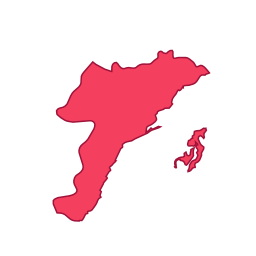 SVG path tracing the border of Jizan, rotated 252°
{"feature_id": "SAU-887", "entity_name": "Jizan", "entity_type": "Region", "adm_level": 1, "iso_a3": "SAU", "parent_name": "Saudi Arabia", "parent_adm1": "", "projection": "robinson", "projection_center": [42.341, 17.347], "detail": "fine", "context": "isolated", "style": "filled", "palette": "rose", "viewbox_px": 256, "rotation_deg": 252, "n_neighbors": 0, "source": "natural_earth", "source_scale": "10m", "svg_char_len": 4232}
<svg xmlns="http://www.w3.org/2000/svg" viewBox="0 0 256 256"><g transform="rotate(252 128 128)"><path d="M188.6,192.1L188.1,194.0L186.7,194.3L183.3,193.2L181.2,192.8L180.1,193.3L179.7,194.6L179.6,196.7L179.2,198.5L177.1,204.8L176.0,206.5L174.2,208.0L170.5,210.4L169.3,210.9L166.0,211.6L165.1,212.0L164.8,213.3L165.0,214.7L165.1,216.3L164.4,217.8L162.2,219.5L159.2,220.9L155.2,222.5L155.1,222.2L155.1,218.7L154.5,217.7L155.6,214.6L155.1,212.7L151.0,207.6L150.0,205.4L149.7,203.6L149.8,199.3L150.8,195.2L150.8,193.4L149.2,193.0L149.8,192.3L148.8,191.2L147.9,189.7L147.7,188.4L148.6,187.7L148.1,186.7L145.8,184.4L145.2,183.7L144.1,181.9L142.2,179.5L141.6,179.0L138.9,177.4L138.0,177.3L137.1,177.8L134.2,173.4L135.4,169.1L134.8,167.6L134.8,162.8L134.4,161.2L133.6,160.6L132.8,160.1L132.4,158.8L131.8,158.0L130.2,157.9L128.5,158.0L127.3,157.8L126.3,156.8L125.4,155.3L124.4,152.6L124.0,151.1L123.6,147.8L123.2,146.5L122.4,145.7L118.6,143.9L118.8,145.6L119.4,147.1L120.9,149.9L119.2,151.0L120.1,157.4L119.1,159.2L118.7,157.2L118.6,150.5L118.3,148.5L117.1,144.8L115.6,131.6L115.1,129.3L114.7,127.6L115.2,122.8L115.1,120.7L114.5,118.5L113.9,117.6L113.1,117.3L112.3,117.2L111.6,117.0L111.2,116.6L111.0,115.7L110.5,114.6L101.4,106.0L100.6,105.7L100.4,106.3L99.8,105.4L98.9,103.4L97.3,100.8L96.8,99.2L96.4,98.4L95.8,98.1L93.9,98.5L93.0,98.3L92.6,97.1L92.2,96.3L88.6,92.1L88.4,92.3L87.9,92.6L87.2,92.8L86.8,92.8L86.0,91.9L83.4,87.8L82.5,87.3L77.5,82.1L75.7,82.9L72.5,80.5L70.6,80.9L69.8,78.3L68.4,76.7L66.6,75.3L64.9,73.5L61.3,68.6L60.8,66.9L60.9,65.7L61.2,64.6L61.0,63.8L60.0,63.5L59.3,63.3L59.2,62.5L59.3,61.7L59.1,61.0L55.6,57.5L54.3,55.5L55.0,53.6L54.6,53.0L56.1,48.9L57.0,47.3L58.3,45.7L59.9,44.5L65.1,41.3L66.7,39.6L67.7,38.1L69.2,34.3L78.7,33.5L82.0,34.5L82.9,36.0L83.2,37.8L83.4,39.8L81.6,51.4L81.5,53.6L81.6,55.8L82.4,58.5L83.8,59.9L85.4,60.4L91.0,59.6L92.9,59.7L94.8,60.3L97.0,61.7L98.3,63.2L98.9,64.2L100.0,67.8L100.8,69.7L102.6,72.1L104.4,73.2L106.3,73.7L119.5,73.9L121.6,74.4L124.0,75.8L125.6,77.7L126.6,79.7L127.3,81.7L128.3,84.0L129.7,86.4L137.6,95.3L139.7,96.8L141.6,97.6L143.3,97.6L144.8,96.9L146.1,95.5L146.8,93.6L150.6,77.6L152.5,73.8L153.6,71.9L155.1,70.2L158.6,67.3L162.5,64.9L163.2,64.7L166.5,65.4L167.6,66.9L168.0,68.7L167.8,72.7L168.3,75.1L169.7,77.6L176.2,83.4L178.3,85.7L179.5,87.7L182.2,93.9L183.5,95.7L185.1,97.1L191.5,99.6L193.3,101.2L194.7,103.2L201.7,114.9L198.4,117.1L191.1,124.1L187.0,129.6L186.8,130.0L191.6,131.8L193.3,133.2L194.2,135.2L193.9,137.2L192.0,138.2L190.0,138.7L187.8,139.7L186.1,141.3L185.6,143.2L185.6,145.4L185.2,147.4L183.4,151.2L182.9,153.2L183.2,154.8L183.9,156.4L184.4,158.5L184.4,160.6L184.0,162.5L182.7,166.2L182.1,168.6L182.4,170.3L184.2,174.1L185.2,177.6L186.2,178.5L189.3,179.4L190.2,180.2L190.8,181.2L190.9,182.5L190.5,183.5L189.9,184.0L189.1,184.4L188.4,185.0L187.2,187.0L187.3,188.3L188.1,189.8L188.6,192.1ZM104.2,190.1L104.2,191.5L104.0,193.2L103.4,195.3L103.6,196.9L104.4,199.8L103.5,201.7L103.6,201.9L101.6,201.8L99.3,198.6L97.4,197.9L95.6,197.7L94.7,196.8L97.0,195.7L98.4,194.5L97.9,192.5L95.7,191.3L93.6,191.6L91.1,191.8L89.4,192.3L87.8,193.3L86.4,194.2L84.7,193.5L82.8,191.5L81.5,190.1L79.5,189.6L77.3,187.9L75.3,186.1L74.2,184.1L73.7,181.1L72.2,180.0L70.8,180.0L69.8,179.7L70.0,179.1L69.9,177.0L68.6,175.2L67.9,173.3L68.0,171.6L69.2,172.0L69.7,172.7L70.7,173.6L74.0,175.3L75.8,177.5L76.7,178.9L77.0,181.3L76.9,182.4L78.4,184.3L79.9,185.6L80.5,186.0L83.5,185.7L84.5,187.4L86.2,187.6L87.9,187.0L89.4,186.8L90.4,188.0L90.4,189.1L91.4,189.1L93.9,187.9L91.6,187.4L90.3,185.2L91.3,183.5L92.0,180.7L92.5,179.8L93.7,179.6L94.3,179.8L94.9,180.1L97.3,181.7L97.4,183.3L98.5,185.3L98.3,186.3L100.4,186.7L101.0,188.6L104.2,190.1ZM81.6,181.8L80.4,180.7L79.2,178.9L77.0,175.9L75.2,173.2L74.6,172.1L75.5,171.1L77.5,171.0L79.0,170.5L80.1,169.5L81.0,167.8L81.8,167.8L82.0,167.9L82.5,165.9L81.8,163.6L80.7,163.0L79.5,162.5L78.5,162.4L76.6,161.9L75.5,161.8L75.3,161.4L75.9,160.6L76.7,160.3L77.0,161.1L79.7,161.4L81.8,162.3L83.3,164.2L83.3,164.6L83.9,167.2L83.9,169.0L83.4,171.1L83.7,172.9L86.5,173.6L87.2,175.7L83.8,175.8L82.8,177.2L83.3,178.9L85.3,179.7L86.5,180.5L88.1,181.2L88.6,183.6L88.6,184.7L86.2,183.1L83.1,182.1L81.6,181.8Z" fill="#f43f5e" stroke="#9f1239" stroke-width="1.5"/></g></svg>